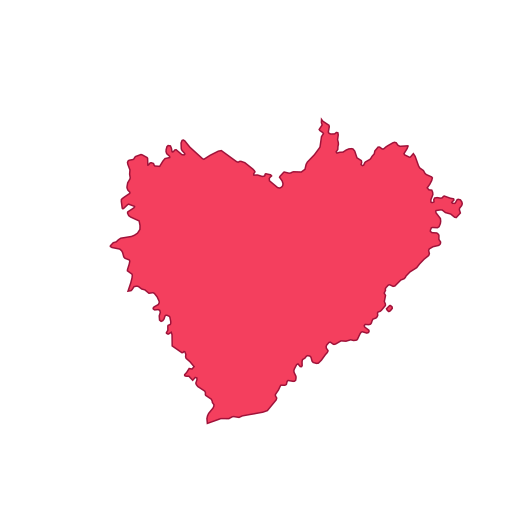 an SVG outline of Samara, rotated 29°
{"feature_id": "RUS-2392", "entity_name": "Samara", "entity_type": "Region", "adm_level": 1, "iso_a3": "RUS", "parent_name": "Russia", "parent_adm1": "", "projection": "orthographic", "projection_center": [50.566, 53.218], "detail": "fine", "context": "isolated", "style": "filled", "palette": "rose", "viewbox_px": 512, "rotation_deg": 29, "n_neighbors": 0, "source": "natural_earth", "source_scale": "10m", "svg_char_len": 6136}
<svg xmlns="http://www.w3.org/2000/svg" viewBox="0 0 512 512"><g transform="rotate(29 256 256)"><path d="M335.4,86.0L335.7,86.1L336.1,88.8L335.8,94.7L337.0,95.5L342.6,95.2L343.1,94.5L344.0,90.2L346.9,91.7L354.5,98.4L356.5,99.6L361.0,100.1L363.7,101.8L365.4,102.2L371.3,101.7L372.4,102.2L373.1,104.9L373.2,109.1L372.7,113.4L375.2,114.3L377.8,113.2L379.6,114.6L380.9,116.5L381.7,122.1L382.8,124.0L384.1,124.0L385.4,122.6L385.3,122.0L384.2,120.7L384.1,118.7L386.1,117.1L389.3,116.0L390.3,115.2L390.8,114.6L390.9,113.3L391.5,112.3L397.8,111.3L401.1,110.2L402.0,111.1L401.2,114.2L402.3,114.7L404.3,113.6L404.6,112.8L404.6,109.4L405.3,108.4L407.6,107.8L409.8,108.9L410.9,110.1L411.3,111.2L411.4,112.3L410.9,115.5L411.4,116.9L413.9,119.3L412.5,125.3L410.9,125.8L405.9,124.9L400.6,126.2L396.6,125.5L395.0,126.2L391.4,129.0L391.5,129.7L392.4,130.9L399.1,133.8L400.7,136.1L401.5,138.2L401.9,141.6L401.0,143.3L396.5,145.5L395.7,146.3L396.0,148.8L396.5,149.9L398.5,150.3L403.0,148.2L405.1,148.6L406.0,149.3L407.9,152.8L410.7,154.3L411.2,155.5L411.3,156.5L410.7,158.1L406.3,162.1L404.1,165.8L404.3,167.5L406.5,169.9L406.8,171.9L404.6,177.2L402.9,183.6L402.2,188.3L398.4,195.2L396.9,200.8L397.0,202.3L396.6,204.0L394.3,206.8L392.0,214.9L390.6,216.1L387.1,216.3L386.4,216.7L385.8,217.4L385.0,220.6L385.0,222.1L385.9,223.2L386.1,226.3L388.4,227.7L390.3,233.6L392.5,235.3L393.2,236.6L392.0,242.7L391.4,244.2L389.9,245.8L389.9,247.0L391.2,248.8L391.4,250.5L391.0,252.1L388.9,254.5L388.9,256.2L389.4,258.7L389.2,260.1L387.9,261.4L384.7,262.9L384.4,264.3L385.2,265.3L385.8,265.5L390.7,266.2L391.4,267.1L391.5,268.4L390.3,269.7L385.7,270.7L384.9,271.7L384.7,273.5L385.1,279.5L384.9,280.5L384.3,281.2L382.3,282.6L379.4,283.4L376.0,286.9L371.5,289.0L368.4,294.2L367.5,295.2L366.6,295.7L362.8,295.3L361.8,296.1L361.0,299.5L361.2,301.1L362.3,302.6L364.8,303.8L365.1,304.6L365.1,306.1L364.5,308.7L363.7,315.4L362.5,319.5L361.0,320.6L357.6,321.4L356.0,320.8L353.2,317.9L351.5,317.4L349.3,318.2L348.6,319.4L348.3,321.6L346.9,324.1L347.5,326.1L349.5,329.5L349.5,330.7L348.3,331.3L345.0,330.0L344.2,331.3L344.3,336.2L344.7,338.0L345.8,339.4L349.2,341.8L350.1,343.2L350.9,345.4L350.4,346.8L349.3,347.6L344.4,349.3L344.0,350.5L344.8,353.6L344.4,354.4L343.7,355.2L340.4,356.9L340.3,358.2L340.6,362.2L340.1,367.7L340.8,368.9L343.0,370.2L343.4,372.1L340.9,385.7L337.7,389.3L321.6,402.4L319.4,405.4L314.4,407.2L313.2,408.1L311.1,411.4L304.0,415.3L294.6,426.0L291.9,422.0L291.1,419.4L290.9,416.6L292.1,410.0L292.0,408.0L291.3,406.4L289.0,405.4L287.9,404.0L286.2,402.9L279.6,402.3L279.0,401.9L278.0,400.0L276.6,399.0L268.4,398.4L266.1,397.4L265.0,396.3L264.2,392.4L263.3,391.3L261.7,391.7L260.9,395.4L255.6,393.7L253.0,395.1L251.6,395.2L251.1,394.3L251.8,391.6L252.1,386.8L254.8,385.9L255.5,382.8L249.6,380.5L244.5,379.4L243.3,378.3L242.3,376.0L240.2,374.3L239.3,374.4L238.9,375.9L238.1,376.5L226.3,375.3L220.7,365.5L218.8,363.8L217.3,366.7L216.8,367.0L215.2,367.0L214.8,366.5L214.9,363.7L212.8,359.9L212.8,359.2L214.2,357.5L214.1,356.4L213.4,354.9L210.3,351.2L209.4,350.8L206.8,351.0L205.8,351.6L205.5,352.7L206.1,355.7L205.8,357.8L204.7,359.2L202.7,358.8L200.4,355.3L199.7,351.8L198.2,350.2L196.4,350.3L193.5,352.3L192.0,352.2L191.5,351.8L191.3,351.2L191.5,350.0L194.1,345.8L194.0,343.8L193.4,342.7L189.4,339.7L185.3,338.0L183.7,338.0L180.4,340.5L175.2,339.5L172.0,340.3L168.0,339.7L166.4,340.1L164.2,341.9L163.9,345.5L163.5,346.9L161.1,348.8L159.5,340.2L158.2,335.3L157.2,332.9L156.4,332.0L150.7,331.3L150.2,330.2L149.0,324.4L148.2,321.9L147.6,321.2L147.0,320.9L142.5,321.5L140.8,320.9L137.7,317.7L136.0,316.6L133.5,316.0L125.9,318.4L124.0,318.3L123.7,317.6L124.7,313.6L126.9,311.4L127.8,308.5L129.1,306.0L137.6,299.3L139.6,296.8L141.3,293.5L141.6,289.0L139.8,285.6L136.8,282.0L127.5,282.7L125.1,282.4L123.0,280.9L122.5,280.0L122.5,279.5L125.8,273.2L126.0,271.8L125.6,271.5L119.4,272.4L118.8,273.4L117.1,278.8L116.4,279.3L115.8,279.0L111.7,273.5L110.9,271.9L111.2,270.6L112.3,268.2L115.2,262.5L115.0,261.7L114.6,261.3L112.0,260.5L110.1,258.9L109.5,257.7L108.3,254.2L108.4,249.9L108.1,248.6L105.8,245.7L104.0,241.8L99.5,238.0L98.2,236.4L98.1,234.6L98.7,233.7L101.7,231.2L102.2,230.1L102.1,228.5L102.5,227.3L106.2,223.0L107.6,222.7L113.0,222.7L113.8,223.1L117.3,228.9L117.8,228.5L118.3,225.9L119.2,225.2L121.5,224.8L123.1,226.1L124.0,226.3L128.3,224.3L128.6,217.9L129.2,214.9L132.8,211.7L132.3,210.9L131.8,210.6L128.3,209.8L126.7,208.3L125.8,206.4L125.1,203.5L125.6,202.0L127.8,201.2L129.9,202.9L132.0,205.5L132.5,205.5L133.2,204.7L133.6,202.6L134.6,201.8L142.1,203.3L144.0,202.5L144.4,201.8L144.3,201.3L143.9,200.9L140.0,199.5L138.7,198.5L135.7,193.5L135.3,190.8L136.1,189.8L137.8,189.8L145.4,192.9L161.9,196.8L163.5,196.7L167.1,190.1L172.2,182.6L174.6,180.6L193.1,182.9L194.9,182.7L195.8,181.2L196.9,180.5L201.0,179.8L211.1,181.5L213.2,182.2L214.3,182.9L214.1,185.2L214.9,186.3L218.1,184.4L222.9,183.4L224.2,182.4L224.8,181.5L224.3,180.1L224.7,179.3L229.4,177.9L230.8,178.4L230.1,180.5L230.0,181.8L231.3,183.7L241.7,185.7L243.6,185.2L244.5,184.2L245.2,182.6L245.2,181.4L244.6,179.7L242.5,177.7L238.4,175.7L238.4,174.5L239.6,169.6L239.9,168.9L245.0,167.5L246.4,166.2L246.8,165.4L247.9,164.2L254.9,160.6L256.8,156.4L255.4,151.5L255.4,148.9L258.0,139.1L259.1,130.7L259.1,129.5L255.4,119.8L255.7,116.3L254.6,115.7L251.0,115.3L249.9,114.7L250.3,109.7L250.1,109.1L248.5,107.6L247.1,104.8L249.1,105.7L256.4,106.3L257.4,107.4L259.2,112.6L260.5,113.3L262.2,113.1L265.1,111.4L265.6,111.1L266.4,109.0L267.8,108.5L269.2,110.2L271.0,114.8L272.9,116.8L273.9,118.3L274.6,120.6L275.9,123.2L275.6,126.0L276.5,126.7L277.0,126.7L278.8,124.8L281.7,123.0L283.5,119.6L285.3,117.3L287.7,115.7L289.0,115.4L291.5,116.4L296.7,121.2L301.9,121.5L303.0,122.8L303.6,125.1L305.2,125.4L306.1,124.5L305.9,121.6L306.1,120.7L308.9,116.1L309.1,114.8L309.2,112.5L309.9,109.3L309.0,106.5L310.0,101.5L311.3,100.8L314.5,101.2L315.7,100.5L316.8,97.5L318.0,95.3L320.8,90.7L322.0,89.4L323.8,89.0L326.3,90.3L328.7,90.3L335.4,86.0ZM397.7,234.1L399.8,234.6L400.6,235.8L400.1,238.6L399.6,239.7L398.8,240.3L396.6,239.6L395.7,238.9L396.9,234.6L397.7,234.1Z" fill="#f43f5e" stroke="#9f1239" stroke-width="1.5"/></g></svg>